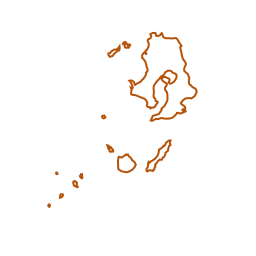 SVG path tracing the border of Kagoshima, rotated 20°
{"feature_id": "JPN-3501", "entity_name": "Kagoshima", "entity_type": "Prefecture", "adm_level": 1, "iso_a3": "JPN", "parent_name": "Japan", "parent_adm1": "", "projection": "robinson", "projection_center": [130.414, 30.803], "detail": "fine", "context": "isolated", "style": "outline", "palette": "amber", "viewbox_px": 256, "rotation_deg": 20, "n_neighbors": 0, "source": "natural_earth", "source_scale": "10m", "svg_char_len": 5680}
<svg xmlns="http://www.w3.org/2000/svg" viewBox="0 0 256 256"><g transform="rotate(20 128 128)"><path d="M177.6,78.5L176.4,78.6L175.1,79.0L172.7,80.1L171.8,80.8L171.1,81.7L170.0,83.6L169.1,86.5L169.8,87.2L172.0,87.8L173.5,88.3L174.7,89.0L175.0,89.9L174.8,90.5L173.4,91.4L172.9,92.5L174.0,92.9L176.1,92.0L176.5,92.7L172.0,96.7L170.3,96.5L168.8,97.0L168.7,98.6L168.1,99.6L167.0,101.9L166.3,102.9L165.5,103.7L164.5,104.4L163.5,105.0L162.5,105.5L160.2,106.3L158.6,106.8L157.0,106.9L155.3,107.6L154.1,108.6L153.7,109.2L151.1,109.9L149.2,112.0L148.1,113.0L146.8,113.2L147.2,108.3L148.8,106.7L151.3,105.1L152.1,104.4L153.5,99.6L152.8,98.3L154.5,95.4L155.1,93.0L155.5,89.3L155.4,87.9L154.6,85.8L153.8,83.6L152.4,81.1L149.7,79.4L149.0,77.4L149.8,74.2L149.2,72.9L145.5,72.2L144.4,71.6L143.8,71.4L143.1,70.9L142.6,70.0L144.1,68.0L145.6,67.2L147.1,67.6L148.7,67.5L150.2,67.9L150.8,69.1L150.6,71.1L150.9,71.6L151.7,71.9L152.5,71.9L153.1,71.6L154.2,70.4L155.6,68.1L156.3,65.1L156.0,62.4L154.2,60.7L151.8,60.9L148.6,59.6L146.0,60.4L144.0,62.8L143.8,63.6L143.6,65.5L143.3,66.1L141.6,68.1L141.2,68.9L140.6,71.4L139.6,73.2L138.8,75.4L138.1,78.4L137.9,79.8L138.2,81.3L140.1,85.6L140.9,88.6L141.5,90.1L142.5,90.7L143.4,91.0L144.7,93.0L147.0,93.3L147.1,94.2L146.3,96.8L146.1,98.1L145.7,99.6L144.7,100.2L143.4,100.6L142.4,101.9L141.6,101.0L140.9,101.0L140.1,101.4L139.2,101.4L138.3,100.9L138.0,100.4L138.0,99.4L137.4,97.6L136.6,96.6L133.9,94.9L124.3,94.6L122.9,94.7L121.2,95.3L119.5,95.2L118.9,94.1L118.7,92.7L118.4,91.6L117.7,90.0L116.9,89.1L117.6,89.2L118.6,89.3L118.7,88.5L117.9,87.2L116.3,85.5L114.5,83.9L113.1,83.1L114.7,82.3L115.2,82.1L115.8,82.1L116.6,82.5L117.2,82.6L117.9,82.9L119.1,84.4L119.9,85.1L121.0,83.4L124.0,80.4L124.7,78.1L125.5,76.9L126.2,74.2L126.6,71.7L126.0,69.9L126.8,68.3L126.7,67.0L126.0,65.8L124.3,63.7L121.9,60.0L121.1,59.3L118.2,57.5L117.2,57.2L117.0,56.4L116.4,54.8L117.0,52.1L117.6,51.5L119.6,52.3L120.4,52.6L118.7,50.8L118.0,49.7L119.1,47.7L119.5,44.5L119.1,42.9L118.5,41.4L117.8,40.7L117.6,40.3L116.6,39.3L116.5,38.0L117.3,37.3L118.5,35.7L118.5,33.9L116.9,32.3L118.6,30.3L121.2,29.3L123.1,31.8L124.3,31.4L125.7,30.5L126.4,29.7L126.6,29.2L127.2,27.3L127.3,27.3L127.9,27.9L129.6,29.9L130.3,30.5L131.2,30.8L132.2,30.8L133.8,30.4L135.2,29.8L138.5,28.9L139.3,28.4L140.2,28.1L140.9,27.8L141.6,27.3L142.5,27.1L143.8,27.6L147.8,30.9L150.2,32.5L149.4,34.3L150.1,35.6L150.7,36.2L154.7,42.6L155.8,44.1L157.2,45.2L158.6,46.0L160.3,47.6L160.7,48.9L160.4,52.3L160.7,54.0L161.2,54.8L161.7,55.3L166.0,57.0L166.7,58.0L168.3,59.8L168.7,60.5L168.8,61.1L168.9,61.8L169.0,62.5L169.2,63.3L170.4,65.6L171.1,66.2L172.6,66.4L174.5,67.5L174.9,67.6L175.4,67.7L176.1,67.7L178.0,68.0L179.1,68.9L179.8,69.9L180.2,70.8L180.2,71.6L179.9,73.3L179.9,74.5L179.6,75.5L177.9,77.9L177.8,78.3L177.6,78.5ZM147.9,159.8L147.6,162.4L146.2,166.0L143.5,168.9L141.8,170.1L139.9,170.4L138.1,170.7L136.1,170.8L133.0,169.9L132.4,168.6L131.3,166.0L129.8,162.4L129.4,160.4L129.2,158.3L129.8,158.1L132.1,158.0L133.3,156.3L134.5,154.9L134.9,153.7L136.2,153.7L136.9,152.9L138.4,154.2L141.2,155.3L143.2,157.0L145.7,157.7L147.9,159.8ZM171.6,125.3L172.2,125.2L172.2,126.4L172.9,128.3L173.8,129.5L172.8,130.5L172.8,132.9L173.3,135.7L171.7,138.5L172.0,139.9L171.9,142.2L171.6,143.3L170.7,143.9L170.7,145.1L170.6,146.3L169.5,146.7L168.6,146.7L168.0,148.1L167.3,149.1L167.1,150.7L166.3,152.0L166.3,153.2L166.1,153.7L166.7,154.3L167.0,155.1L166.6,156.0L166.5,156.8L167.0,157.9L166.1,158.9L166.0,159.9L164.8,159.8L163.6,160.2L162.5,160.4L161.5,161.2L161.2,162.1L160.2,162.1L160.0,161.4L159.4,160.4L159.6,159.4L159.9,158.1L159.7,156.1L159.1,154.9L158.9,153.4L159.0,152.7L159.7,153.0L160.2,153.2L160.6,151.9L162.1,150.2L164.0,147.5L164.7,145.3L165.3,143.5L165.3,142.3L165.1,140.0L164.8,139.0L164.9,138.3L164.5,137.7L165.4,136.7L166.2,135.6L167.4,133.5L167.4,132.6L168.3,132.3L168.8,130.6L168.7,129.0L170.0,126.8L170.8,125.9L171.1,125.5L171.6,125.3ZM92.1,54.1L92.6,55.2L93.1,56.8L93.2,58.1L92.3,58.7L91.7,59.3L89.5,63.3L88.8,65.6L88.1,66.1L86.7,67.3L85.5,66.7L84.4,65.8L84.1,64.5L85.4,64.0L86.3,61.5L88.0,59.3L88.9,58.7L90.3,58.3L91.2,57.1L91.7,55.6L92.1,54.1ZM101.5,49.1L101.2,49.3L101.2,49.7L101.3,50.1L101.2,50.6L101.2,51.1L101.4,51.4L101.4,51.6L101.3,52.1L100.8,52.6L100.2,52.6L99.7,52.7L98.8,53.3L97.9,53.3L97.5,52.7L97.1,52.5L96.9,52.3L96.8,52.0L96.6,51.5L96.2,50.9L96.1,50.3L96.5,50.0L96.4,49.8L95.7,50.1L95.2,50.8L94.7,51.0L94.5,50.7L94.5,50.2L94.6,49.4L95.2,48.6L96.0,48.1L97.2,48.5L99.6,50.5L100.1,50.7L100.2,50.2L100.0,49.5L100.3,49.1L101.2,48.9L101.5,49.1ZM119.4,152.6L120.8,153.2L122.0,154.4L122.0,155.3L120.7,155.3L120.1,156.2L118.9,156.4L117.7,155.0L117.8,154.1L117.5,153.4L116.4,153.9L115.8,152.8L115.1,152.1L114.5,151.3L115.9,151.3L117.6,152.3L118.3,151.8L119.4,152.6ZM98.8,196.9L99.1,198.9L100.9,200.5L100.6,200.7L100.5,201.0L96.9,200.6L96.2,199.5L95.5,198.7L95.0,197.0L96.1,196.0L97.7,196.6L97.9,196.5L98.2,196.6L98.5,196.7L98.8,196.9ZM87.5,213.2L89.5,212.7L90.0,213.9L89.4,215.6L87.9,216.8L87.4,215.1L87.3,214.1L87.5,213.2ZM102.2,124.9L103.0,125.5L103.1,126.1L102.5,126.8L101.8,127.3L101.1,127.3L100.1,126.8L100.0,126.6L99.9,126.3L99.6,125.7L99.8,125.4L100.3,125.1L100.9,124.6L101.3,124.4L101.8,124.6L102.2,124.9ZM102.0,190.2L102.1,190.4L102.2,190.6L101.8,191.1L100.7,190.7L100.1,190.5L99.4,189.7L99.2,189.4L99.3,189.0L99.5,188.7L100.0,188.2L99.8,187.6L100.1,187.6L100.6,187.2L100.9,188.1L101.4,188.9L102.0,190.2ZM79.8,228.4L79.5,227.8L79.7,227.0L80.2,226.7L80.4,226.8L80.5,226.9L80.8,227.0L81.0,227.2L81.3,228.0L81.1,228.9L80.3,228.9L79.8,228.4ZM75.8,194.8L75.9,194.3L76.3,194.3L76.8,194.4L77.2,194.7L77.5,195.2L77.3,195.5L76.6,195.8L76.1,195.5L75.8,194.8Z" fill="none" stroke="#b45309" stroke-width="2"/></g></svg>